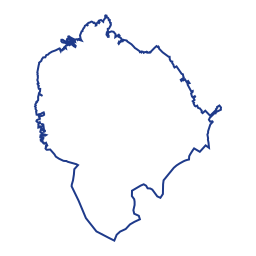 Kolonia, Pohnpei, Federated States of Micronesia (Albers equal-area conic projection)
{"feature_id": "79324940B53890436625634", "entity_name": "Kolonia", "entity_type": "district", "adm_level": 2, "iso_a3": "FSM", "parent_name": "Federated States of Micronesia", "parent_adm1": "Pohnpei", "projection": "albers", "projection_center": [158.208, 6.963], "detail": "fine", "context": "isolated", "style": "outline", "palette": "blue", "viewbox_px": 256, "rotation_deg": 0, "n_neighbors": 0, "source": "geoboundaries", "source_scale": "gbopen_adm2", "svg_char_len": 5517}
<svg xmlns="http://www.w3.org/2000/svg" viewBox="0 0 256 256"><path d="M209.0,147.8L208.5,142.6L207.9,139.5L208.1,138.3L207.4,134.6L208.1,132.8L208.1,131.2L210.3,124.5L212.7,121.9L212.3,121.3L210.2,121.6L208.9,119.7L209.8,117.8L214.4,113.3L215.6,113.3L216.0,112.1L220.9,109.7L220.8,108.7L221.0,107.5L219.4,105.5L217.1,107.0L217.3,107.7L216.0,109.1L216.3,109.7L210.1,115.7L205.3,110.7L202.6,113.1L201.6,112.2L201.7,110.6L200.7,109.5L199.9,108.4L198.2,108.0L197.2,105.7L195.8,106.4L194.7,105.8L193.6,103.4L194.0,102.7L193.5,102.3L192.7,101.2L194.5,99.9L193.5,98.1L195.1,96.7L194.8,96.2L192.8,97.3L192.0,96.5L191.1,93.5L192.7,91.8L192.7,91.0L191.3,91.5L187.7,84.8L187.5,83.6L189.5,83.1L188.1,81.0L186.6,82.0L185.0,79.4L183.2,80.4L182.5,79.9L181.4,80.9L180.8,79.8L183.8,77.7L183.2,75.9L182.9,74.3L181.6,73.8L176.5,66.4L174.5,67.5L173.7,66.1L173.5,64.9L172.2,63.0L172.3,61.6L170.8,61.3L169.8,59.4L169.6,56.8L168.7,56.8L162.6,52.3L159.1,48.7L158.8,47.1L158.3,46.5L157.6,47.0L156.5,46.1L154.6,47.8L150.9,51.6L150.7,52.1L149.9,52.1L149.8,52.7L147.5,52.7L147.5,52.1L146.7,51.7L146.1,52.2L145.0,52.0L143.7,52.8L143.0,51.8L141.8,51.5L141.3,52.4L140.6,51.8L139.9,52.1L139.6,51.2L136.5,49.0L134.9,48.0L133.8,46.7L131.5,44.3L127.2,41.4L126.9,40.7L126.2,40.4L124.3,40.1L123.0,39.7L122.3,40.1L122.3,40.7L122.9,41.0L122.7,41.3L121.3,41.4L118.9,43.0L119.1,43.5L118.8,43.9L118.4,43.3L119.1,41.6L119.9,42.1L120.8,41.3L120.9,40.7L121.2,40.4L121.7,39.4L121.0,38.2L120.6,37.8L118.8,36.9L119.6,35.7L118.8,34.7L115.3,37.1L115.6,34.3L113.6,31.8L111.5,31.4L109.0,32.3L108.0,33.5L108.2,35.0L108.7,35.7L108.6,36.9L107.9,36.9L107.3,35.7L106.5,34.7L106.9,32.2L107.4,32.0L108.0,31.0L107.8,30.5L107.8,28.8L108.9,28.6L109.8,27.1L110.0,26.3L110.4,26.0L110.9,24.8L110.7,24.3L110.8,23.0L110.1,22.8L109.7,21.2L109.8,20.0L109.1,19.6L108.7,19.8L108.5,18.6L108.1,17.9L107.5,17.5L106.9,17.5L106.5,15.6L105.5,15.4L105.1,16.0L105.5,16.9L105.0,18.3L103.3,20.7L103.2,21.7L101.0,20.0L99.0,20.6L98.5,21.2L98.8,21.7L99.5,22.3L99.0,23.1L98.2,22.6L97.4,22.6L96.7,23.5L96.4,25.3L95.8,25.5L96.0,24.4L94.4,22.7L93.6,23.0L92.5,21.9L91.4,21.6L89.4,22.7L88.5,22.8L87.0,24.2L88.1,25.8L86.6,24.8L84.9,25.8L84.2,27.7L83.6,28.1L82.3,30.7L82.4,31.1L81.6,31.4L80.0,35.4L80.7,39.1L81.6,40.6L79.3,39.9L79.7,38.7L78.6,39.0L77.8,39.8L77.6,39.3L76.8,39.2L76.1,39.5L74.3,39.4L71.7,38.1L69.9,37.1L69.2,36.4L68.4,36.4L68.2,36.8L68.7,37.9L69.9,38.9L72.2,39.5L73.7,41.0L74.9,41.1L75.1,41.9L74.1,41.5L73.7,41.5L73.2,41.3L73.1,40.9L72.4,40.9L71.5,40.3L70.6,40.0L68.5,38.9L67.2,38.9L66.9,39.6L67.2,40.3L67.5,40.8L69.0,41.7L69.3,41.7L69.5,42.0L70.0,41.8L70.1,41.4L70.9,41.5L71.9,42.2L72.2,42.7L72.6,42.6L73.3,43.0L74.2,44.2L74.3,44.7L75.1,45.2L75.7,45.9L75.3,47.0L74.2,46.4L74.1,46.2L73.7,46.1L73.6,45.6L73.0,45.2L72.7,45.2L72.2,44.8L72.4,44.5L72.1,44.0L70.9,43.7L70.5,43.7L68.9,42.6L64.1,40.8L63.1,40.0L62.3,39.7L61.4,39.8L61.3,41.2L62.2,42.3L63.9,42.7L65.2,42.8L66.4,43.4L67.5,43.3L69.3,43.9L69.7,44.1L69.7,44.3L69.9,44.3L70.2,44.7L69.7,45.1L69.2,44.5L68.9,44.5L67.7,45.2L67.1,45.2L66.1,45.7L65.8,45.7L65.7,46.1L65.2,46.5L65.6,47.3L65.9,48.4L65.4,48.1L65.2,47.4L64.8,47.1L64.4,47.4L64.0,47.5L63.9,48.7L63.6,48.8L63.7,49.4L63.4,49.6L62.8,49.5L62.6,49.8L62.4,49.4L62.0,49.8L62.3,50.3L62.0,50.1L60.9,50.6L60.7,51.2L60.4,50.6L59.9,48.6L59.5,48.4L55.5,50.4L51.9,51.7L49.1,53.4L48.2,54.5L46.3,55.1L45.3,57.3L43.2,57.4L41.8,59.3L41.3,60.9L39.1,62.7L39.1,63.9L38.7,65.1L37.3,72.6L37.7,73.2L37.4,74.5L37.9,75.8L37.7,76.2L37.9,77.0L37.7,78.8L37.3,80.0L38.5,83.3L37.6,83.6L37.7,84.5L38.9,85.9L38.3,86.8L38.8,88.8L40.2,88.9L40.0,91.6L39.0,93.1L39.6,93.9L42.5,95.9L39.9,94.5L38.8,94.3L38.1,97.0L38.2,98.8L38.1,100.3L37.1,101.3L37.1,101.9L36.3,102.1L36.3,102.9L35.8,103.4L35.3,104.6L35.8,105.4L35.0,106.4L35.8,107.7L35.5,108.7L35.7,109.3L36.6,110.8L36.1,111.5L36.6,114.7L38.0,114.9L38.9,114.2L40.7,114.0L42.0,113.1L43.7,112.4L44.1,113.6L44.1,114.8L42.6,115.7L40.6,116.1L39.4,116.1L38.9,116.8L39.6,117.6L39.9,118.8L38.1,119.5L36.8,120.2L36.4,121.1L37.5,122.2L39.5,122.7L39.8,122.3L40.1,123.2L39.0,123.4L38.3,124.2L38.5,126.2L39.3,126.9L38.3,127.1L38.3,127.6L40.0,127.2L40.1,126.4L40.5,126.4L40.6,127.0L41.3,127.2L41.6,126.8L42.7,126.4L42.8,124.9L41.3,123.8L43.3,124.5L44.1,130.6L44.9,130.7L44.9,131.3L44.4,131.7L44.0,131.6L44.2,131.3L44.1,131.0L42.5,130.0L42.7,129.3L42.1,128.9L41.1,128.9L40.8,129.9L40.8,130.7L40.3,131.3L40.3,131.9L40.8,132.2L41.1,132.7L41.4,132.8L41.6,133.3L42.3,133.3L42.1,133.7L42.4,134.1L43.0,134.3L44.5,134.5L46.2,135.0L45.3,135.6L40.6,135.2L40.3,137.0L43.4,137.6L43.3,138.4L43.0,138.4L42.7,139.5L42.3,138.6L41.8,138.2L41.7,138.9L40.7,139.3L40.8,140.6L41.6,140.9L41.6,141.4L42.7,141.7L42.6,142.2L43.5,143.3L43.9,143.1L44.0,143.5L44.8,143.7L46.0,142.8L47.2,145.4L46.0,145.8L45.9,146.5L46.3,146.8L45.7,147.8L45.5,148.5L46.2,149.4L46.8,149.8L50.2,149.5L54.5,154.4L55.8,156.6L59.0,158.7L63.4,160.8L65.1,161.0L66.3,161.0L67.8,161.8L76.4,164.2L78.0,165.1L74.3,169.2L73.9,174.5L73.0,180.4L71.8,184.5L71.6,186.3L78.6,200.7L85.9,218.1L96.4,231.4L108.7,237.8L114.3,240.6L116.7,234.7L120.1,231.6L125.7,229.0L130.0,224.4L134.5,221.8L139.9,219.3L138.8,215.8L134.2,213.7L133.4,210.2L134.6,205.0L134.6,201.7L134.2,199.2L131.9,196.1L132.0,190.7L140.7,185.6L143.7,184.3L146.1,185.7L147.6,188.3L150.3,188.5L152.3,189.6L157.3,196.4L160.4,197.8L162.9,194.0L163.1,184.2L163.6,180.3L173.8,167.8L176.6,165.4L179.7,163.4L183.5,161.3L185.3,160.5L187.2,159.9L189.0,159.5L189.2,156.2L190.5,153.8L192.8,150.2L194.1,148.4L199.8,151.8L205.6,145.4L209.0,147.8Z" fill="none" stroke="#1e3a8a" stroke-width="2"/></svg>